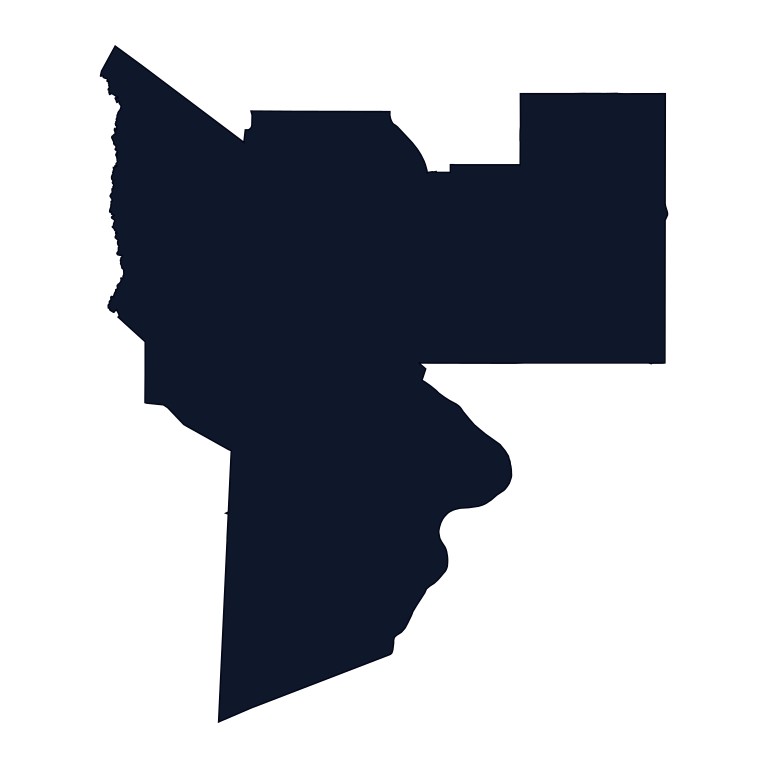 Murray Bridge, South Australia, Australia
{"feature_id": "25037944B7394804053319", "entity_name": "Murray Bridge", "entity_type": "district", "adm_level": 2, "iso_a3": "AUS", "parent_name": "Australia", "parent_adm1": "South Australia", "projection": "equal_earth", "projection_center": [139.209, -35.2], "detail": "fine", "context": "isolated", "style": "filled", "palette": "ink", "viewbox_px": 768, "rotation_deg": 0, "n_neighbors": 0, "source": "geoboundaries", "source_scale": "gbopen_adm2", "svg_char_len": 6046}
<svg xmlns="http://www.w3.org/2000/svg" viewBox="0 0 768 768"><path d="M218.6,721.9L251.2,707.9L390.4,654.3L391.7,653.1L392.2,651.9L392.8,649.7L393.6,643.1L393.6,640.4L393.9,638.8L394.2,637.9L394.9,636.7L396.7,635.1L401.2,632.3L402.9,630.5L405.1,627.9L407.8,622.8L411.2,615.8L412.1,613.6L412.7,611.8L416.6,605.3L424.7,592.8L426.4,588.9L429.5,586.2L434.4,583.0L437.7,579.9L440.7,576.6L443.3,573.4L445.1,571.4L446.0,569.9L446.8,567.9L447.3,566.2L447.6,562.0L447.6,559.2L447.4,556.3L446.6,551.6L445.9,549.2L444.9,547.0L441.4,541.6L439.7,538.2L438.8,533.0L438.7,531.3L439.3,527.6L440.8,522.7L442.6,519.1L444.3,516.7L447.6,513.2L449.7,511.7L453.1,510.0L455.2,509.3L460.2,508.1L468.7,507.6L478.5,506.2L482.4,505.0L484.7,504.0L486.5,503.0L491.3,499.8L496.7,495.1L503.7,490.4L504.8,489.4L506.2,487.7L507.4,486.1L509.3,483.1L511.1,477.8L511.5,475.9L511.3,470.2L511.1,468.3L510.8,466.1L510.3,464.3L510.0,461.5L509.0,458.8L508.4,456.2L508.0,455.5L505.2,451.0L501.4,446.3L500.1,444.7L499.2,444.0L485.3,434.1L478.9,428.8L474.2,424.8L468.9,418.7L463.0,411.5L461.0,408.4L459.8,407.0L458.4,405.7L456.0,404.0L449.4,400.5L444.4,397.3L438.8,393.2L436.0,390.4L430.7,386.1L425.9,382.7L421.9,380.2L422.8,377.7L425.7,368.9L420.6,364.5L419.3,363.0L514.3,363.2L525.2,362.9L649.0,362.9L649.1,363.1L650.3,363.2L651.1,363.7L652.4,363.1L662.9,363.1L664.9,362.9L665.1,220.3L667.5,215.0L667.5,213.3L667.3,212.0L665.5,206.2L665.1,203.2L665.3,93.7L623.6,93.8L620.4,93.7L618.1,93.7L617.8,93.5L617.3,93.4L605.3,93.6L582.0,93.5L572.3,93.7L520.4,93.7L520.5,126.6L520.2,130.4L520.1,135.0L520.1,140.1L520.3,142.0L520.2,164.8L454.5,164.8L453.9,164.7L450.4,164.7L450.4,172.4L436.5,172.4L436.1,171.5L435.1,171.8L432.5,172.1L432.4,171.8L429.3,172.2L428.3,172.4L427.3,173.0L426.9,170.4L425.3,164.6L423.9,160.9L420.9,154.9L418.3,150.7L416.6,148.3L412.2,142.7L405.4,135.4L397.4,126.9L395.5,125.4L393.3,124.0L392.7,123.3L391.4,121.1L390.5,118.6L389.8,115.2L389.9,111.6L293.9,111.4L251.0,111.1L252.1,115.0L251.9,125.2L251.3,127.5L249.3,129.5L247.9,129.9L245.3,129.9L243.9,142.4L142.6,66.2L115.2,46.1L101.5,71.2L100.5,75.9L100.7,76.1L103.0,75.8L103.3,76.1L103.2,77.0L103.4,77.4L105.2,78.2L106.8,78.5L107.5,79.1L107.6,79.5L107.1,80.5L107.1,81.2L107.7,81.5L108.9,81.2L109.1,81.4L109.2,81.8L108.6,82.6L108.5,83.1L109.2,83.8L109.2,84.2L108.8,84.9L108.8,85.2L108.9,85.9L109.5,86.5L109.4,87.5L108.4,88.9L108.2,89.7L108.3,89.9L108.8,89.8L109.2,90.7L108.9,92.2L109.3,93.0L109.4,93.4L109.3,93.8L109.5,94.2L109.9,94.5L110.1,94.4L110.8,93.4L112.8,94.0L116.0,96.1L116.1,96.7L116.6,96.9L118.0,97.2L118.1,97.6L117.6,97.8L115.3,98.0L115.2,98.1L115.2,98.5L115.9,99.8L116.3,100.6L116.6,102.0L116.9,102.4L117.8,102.0L118.6,101.2L119.1,101.1L119.2,101.3L119.4,101.8L119.3,103.2L119.5,103.6L120.7,105.2L121.1,105.8L121.0,107.1L120.5,108.9L119.6,110.5L118.6,111.6L117.9,113.1L117.8,114.1L117.1,115.2L117.1,117.4L116.3,119.1L116.7,120.8L116.5,121.2L115.9,121.7L115.9,122.8L115.4,123.6L115.7,125.3L116.6,125.7L116.6,127.7L116.9,129.2L116.1,129.9L115.4,129.9L115.3,128.9L114.9,128.4L114.7,128.5L114.5,128.9L114.4,130.2L114.8,131.1L115.2,132.7L115.6,133.1L115.2,133.8L113.8,134.8L112.9,135.8L112.1,136.3L111.7,137.3L112.0,138.2L113.8,142.1L113.7,143.3L114.1,144.4L114.3,144.7L115.6,145.3L116.1,146.9L116.0,147.8L115.2,149.0L115.2,149.6L116.2,150.3L116.6,150.9L117.4,151.3L117.7,151.8L117.6,152.4L116.6,152.9L116.3,153.4L116.3,153.9L117.0,154.6L117.0,154.9L116.7,155.1L115.9,155.0L116.0,155.6L116.8,156.6L116.8,157.7L117.2,159.0L117.1,160.1L117.5,161.3L117.3,162.3L117.0,162.8L116.3,163.3L116.1,163.6L116.1,164.5L116.4,165.1L116.8,165.6L116.7,166.4L116.3,166.5L115.2,165.8L114.8,166.1L114.8,166.5L115.0,167.1L114.9,167.5L113.4,167.5L113.5,168.4L113.8,169.1L113.8,169.4L113.3,170.5L113.4,171.0L113.3,171.7L112.7,172.2L112.7,172.6L113.2,173.3L113.2,173.7L112.4,174.6L111.6,176.6L111.6,178.3L111.8,179.2L112.9,180.5L113.4,180.9L113.4,181.3L112.6,182.0L112.4,182.6L112.6,183.2L113.6,184.4L113.8,185.3L113.6,185.9L113.0,186.6L113.0,187.0L113.6,187.6L113.5,188.1L113.3,188.3L112.6,188.4L112.2,188.6L112.0,189.4L112.1,190.6L112.3,192.0L112.2,192.6L112.1,192.9L111.4,193.5L110.2,195.6L110.2,196.4L110.9,197.3L111.9,199.1L112.3,200.2L112.2,200.7L111.4,201.2L111.1,201.6L111.3,203.3L110.9,205.2L111.0,206.3L110.6,207.8L110.2,208.8L109.8,210.2L109.7,211.6L109.8,212.0L110.6,212.2L111.2,211.9L111.5,212.1L111.7,212.6L111.5,213.7L111.6,214.1L112.5,214.7L114.0,215.2L114.0,215.7L112.5,216.4L111.7,216.9L111.5,217.2L111.6,217.6L112.0,218.3L113.9,219.4L114.8,220.7L114.7,221.3L114.1,222.4L113.6,223.9L113.5,225.6L113.2,226.2L112.4,226.6L112.4,226.8L112.5,227.2L114.0,228.5L114.7,230.2L115.9,231.3L116.6,232.6L116.1,232.4L115.7,232.6L115.6,233.2L116.3,234.4L115.2,236.9L115.3,237.7L118.1,240.1L118.3,240.4L117.7,241.6L117.6,243.3L117.8,244.1L118.5,245.7L119.3,246.4L119.2,246.8L118.4,247.6L118.4,250.8L118.2,251.5L117.5,252.2L117.0,253.1L116.9,253.4L117.1,253.9L117.9,254.8L120.3,255.3L121.6,255.3L122.3,255.7L122.4,256.2L122.3,256.4L120.9,258.1L121.0,259.2L120.5,260.1L120.4,260.6L120.9,261.8L120.8,262.8L120.6,263.6L121.5,265.5L121.8,267.0L121.9,268.0L122.9,268.7L123.5,269.7L123.7,270.4L123.9,274.0L123.6,275.0L123.0,276.4L123.1,277.5L122.8,278.1L122.3,278.4L121.1,278.0L120.9,278.2L120.9,278.7L121.3,280.0L121.1,280.2L120.9,281.1L120.6,281.9L119.2,283.8L118.3,284.1L118.0,284.7L117.2,285.5L117.3,286.9L117.5,287.7L117.5,288.7L117.0,289.1L115.8,289.7L115.7,290.0L115.8,291.1L114.7,292.9L113.6,296.3L113.1,297.3L111.9,296.4L111.5,296.5L111.1,296.7L110.8,297.6L111.0,299.6L110.9,300.0L109.5,301.3L109.3,303.5L109.1,304.2L108.4,304.8L108.2,305.1L108.3,307.9L109.2,308.3L109.5,308.6L109.8,309.8L110.3,310.3L113.2,312.1L113.8,312.2L114.3,312.0L115.0,310.8L116.2,310.0L116.7,309.8L116.9,310.2L117.2,311.1L118.1,312.6L119.0,314.7L119.1,315.7L118.8,316.4L118.1,317.1L123.5,321.9L123.5,322.0L145.2,341.7L145.2,374.8L145.0,402.6L146.6,403.1L163.4,404.8L167.7,407.6L183.7,424.4L187.3,426.5L228.7,449.6L231.3,450.6L228.4,512.0L225.9,513.2L228.3,514.0L227.1,538.7L227.2,538.9L218.6,721.9Z" fill="#0f172a" stroke="#020617" stroke-width="1.5"/></svg>